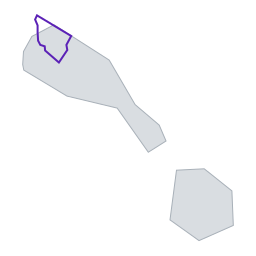 where Saint John Capesterre sits in Saint Kitts and Nevis
{"feature_id": "KNA-5104", "entity_name": "Saint John Capesterre", "entity_type": "Parish", "adm_level": 1, "iso_a3": "KNA", "parent_name": "Saint Kitts and Nevis", "parent_adm1": "", "projection": "albers", "projection_center": [-62.805, 17.383], "detail": "fine", "context": "in_parent", "style": "outline", "palette": "violet", "viewbox_px": 256, "rotation_deg": 0, "n_neighbors": 0, "source": "natural_earth", "source_scale": "10m", "svg_char_len": 547}
<svg xmlns="http://www.w3.org/2000/svg" viewBox="0 0 256 256"><path d="M166.0,141.0L148.3,152.2L117.2,108.1L67.0,96.1L23.8,70.1L22.7,64.5L23.5,51.5L31.9,36.4L54.0,24.8L109.2,60.1L135.1,104.6L159.2,125.1L166.0,141.0ZM233.3,225.4L199.0,240.6L170.0,219.9L176.5,170.2L204.2,168.8L231.9,190.9L233.3,225.4Z" fill="#d9dde1" stroke="#a8b0b8" stroke-width="1"/><path d="M35.1,19.5L37.0,15.4L71.2,36.0L66.4,44.9L67.3,50.0L58.9,62.5L45.1,50.5L44.7,46.3L40.3,44.9L38.1,40.7L37.6,32.4L37.6,25.4L35.1,19.5Z" fill="none" stroke="#5b21b6" stroke-width="2"/></svg>